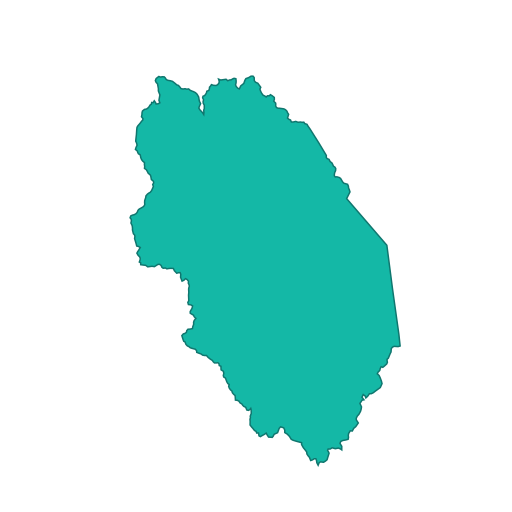 Independência, Ceará, Brazil, rotated 118°
{"feature_id": "56859067B45229739408985", "entity_name": "Independência", "entity_type": "district", "adm_level": 2, "iso_a3": "BRA", "parent_name": "Brazil", "parent_adm1": "Ceará", "projection": "orthographic", "projection_center": [-40.325, -5.496], "detail": "fine", "context": "isolated", "style": "filled", "palette": "teal", "viewbox_px": 512, "rotation_deg": 118, "n_neighbors": 0, "source": "geoboundaries", "source_scale": "gbopen_adm2", "svg_char_len": 6097}
<svg xmlns="http://www.w3.org/2000/svg" viewBox="0 0 512 512"><g transform="rotate(118 256 256)"><path d="M343.9,90.8L341.7,91.3L339.7,92.0L337.3,95.1L335.5,94.8L333.6,94.7L332.3,93.2L331.0,96.1L328.0,96.3L328.4,93.8L329.7,92.4L327.6,91.6L324.4,91.2L323.5,89.6L321.6,88.2L319.5,87.3L313.8,84.5L309.5,84.8L307.6,86.5L305.3,89.1L303.7,91.2L303.1,93.6L301.3,93.7L299.0,93.0L297.0,93.5L295.0,93.5L294.8,91.8L293.0,91.0L289.9,89.9L288.1,90.1L286.9,91.1L285.6,91.8L284.1,91.2L279.1,91.7L277.4,91.7L274.2,93.1L272.4,92.7L270.9,91.6L269.3,88.0L267.8,86.5L258.2,93.0L220.7,120.2L185.1,145.5L162.8,202.9L155.3,203.1L153.6,204.8L152.5,206.2L151.0,207.2L149.7,208.8L150.5,212.7L149.9,214.3L147.8,217.7L147.6,219.3L148.1,221.7L149.0,223.2L148.4,224.5L147.0,225.2L145.3,225.7L143.3,225.8L141.4,226.6L140.5,228.0L140.3,229.8L139.1,231.3L138.2,232.6L137.8,234.9L136.4,236.9L136.6,239.0L135.9,240.3L134.2,241.1L126.8,253.4L118.4,268.1L117.0,270.9L115.8,272.8L116.2,275.1L115.4,276.6L116.4,278.2L116.8,279.6L118.2,281.7L118.5,284.1L120.2,286.0L121.1,287.7L119.7,289.4L119.9,290.9L119.5,292.9L115.6,293.7L114.7,295.4L113.6,296.7L113.0,298.6L113.0,300.4L113.6,302.2L114.5,304.6L115.2,306.0L115.3,307.6L114.4,309.0L113.1,309.6L111.8,310.4L111.0,313.0L109.1,313.3L107.4,314.3L106.9,317.0L106.8,319.0L108.3,319.5L109.2,321.1L110.8,321.7L110.6,323.3L110.7,325.2L109.6,327.5L108.3,329.3L106.8,330.9L104.8,331.0L102.6,335.5L102.8,338.0L102.0,339.8L99.3,341.4L98.6,343.0L99.5,344.8L101.9,346.2L104.1,348.2L105.9,348.3L109.4,347.8L111.7,348.8L113.2,349.4L114.7,349.2L116.3,349.2L116.4,351.0L115.6,353.1L114.5,354.4L112.5,354.9L110.8,355.7L108.9,357.0L109.4,358.8L110.5,359.7L112.2,360.7L112.9,361.9L114.5,363.2L114.0,365.4L117.2,369.8L117.4,372.1L119.0,370.5L120.7,369.9L122.8,370.3L124.2,371.3L125.3,373.8L125.6,375.8L127.2,375.9L128.8,376.3L130.1,375.7L132.0,375.4L133.6,376.8L135.3,376.3L136.9,376.4L138.5,376.7L139.8,377.8L141.4,377.4L142.6,375.7L144.5,375.2L145.8,374.4L147.1,372.5L150.1,370.9L151.9,370.6L153.5,369.5L155.6,368.6L154.5,370.6L153.3,374.1L152.3,375.9L150.2,376.3L147.5,376.4L146.0,378.5L144.5,379.8L142.5,381.3L140.8,384.0L140.2,386.1L140.2,388.2L140.4,389.7L140.6,391.9L140.1,393.9L141.2,395.4L141.6,397.2L142.8,398.8L143.4,400.8L142.3,403.1L141.8,404.7L142.1,406.3L141.6,408.3L141.0,411.7L141.5,414.0L142.3,416.4L142.3,418.1L141.4,419.6L140.9,421.1L141.7,422.9L142.8,424.2L143.1,426.1L146.2,427.5L148.4,427.2L149.6,425.7L150.2,423.8L154.0,420.8L156.1,419.7L157.4,418.2L158.9,416.5L164.1,414.8L165.9,412.8L167.6,413.9L168.7,415.6L167.7,416.7L166.7,418.7L168.9,418.8L169.4,420.2L171.2,419.7L172.4,420.4L174.6,420.5L176.0,420.9L177.7,421.7L178.9,423.3L181.3,424.3L183.0,423.9L184.7,423.1L186.8,422.5L187.7,420.4L189.1,419.8L190.7,420.3L192.9,420.6L194.8,421.0L196.4,421.4L198.2,421.5L200.5,420.6L204.9,418.6L209.2,416.9L211.1,416.1L212.2,414.6L214.0,413.0L216.4,412.9L218.5,412.5L219.0,410.1L220.2,408.9L221.0,407.7L220.9,406.0L222.0,404.9L223.3,403.9L224.6,402.3L225.4,400.6L225.9,398.3L227.8,397.4L229.0,396.4L231.0,395.6L231.3,393.3L232.6,391.3L233.6,389.9L234.0,387.6L234.9,386.4L237.6,384.3L238.2,381.6L239.6,380.6L241.3,380.8L242.9,379.2L247.3,378.9L249.5,379.3L250.6,380.1L252.3,380.9L254.6,381.4L256.2,380.8L259.3,380.3L261.2,379.4L262.7,378.4L264.2,378.3L265.7,378.8L267.2,379.7L268.5,380.6L270.1,381.5L271.6,381.6L273.2,381.4L275.0,381.8L276.8,383.0L277.9,384.3L279.4,385.4L281.4,385.1L282.1,383.5L283.5,382.5L285.6,381.9L287.4,379.5L289.4,378.1L291.0,377.3L293.9,374.7L294.5,373.0L295.6,372.1L297.6,371.4L301.3,367.7L303.2,366.0L302.8,364.3L302.8,362.2L305.9,362.3L307.8,362.5L309.4,362.5L310.7,360.5L311.4,358.3L312.3,357.2L313.9,356.5L316.1,356.2L316.1,354.7L317.8,353.7L317.0,351.5L316.0,349.0L316.4,346.5L313.9,343.0L313.1,340.7L309.4,338.6L308.6,337.1L308.9,335.3L310.1,333.9L310.4,332.2L309.1,330.3L309.2,328.7L308.0,327.2L306.9,325.5L305.8,323.1L307.3,321.2L308.4,317.9L307.2,316.7L306.3,315.2L307.5,313.8L310.1,312.7L312.9,309.5L311.3,308.3L309.1,307.6L309.1,305.9L309.9,303.8L311.8,303.0L312.8,301.6L314.0,300.7L316.0,300.3L317.3,299.7L319.6,298.3L322.2,297.2L327.0,294.4L329.0,294.4L330.6,292.9L329.7,290.5L329.8,288.6L332.2,287.9L334.4,288.0L336.0,288.0L337.4,287.2L337.5,285.4L337.6,283.5L338.7,281.9L339.3,279.8L342.0,280.3L343.8,280.0L345.5,279.0L348.3,278.6L349.9,278.0L351.5,279.9L352.6,281.7L354.4,282.1L356.2,281.6L357.8,282.5L358.9,283.6L361.1,284.1L363.7,281.5L365.2,279.8L365.2,278.3L366.9,276.4L367.6,274.4L367.5,272.7L367.9,271.0L367.6,269.2L366.8,265.8L367.5,264.0L368.9,263.1L368.7,261.3L368.3,258.6L368.6,256.6L368.0,254.7L367.1,253.0L368.0,250.7L368.5,248.0L368.7,245.5L369.5,244.0L369.9,242.5L369.1,240.9L368.1,239.6L368.5,238.1L370.0,237.0L369.8,235.2L371.4,234.3L372.9,233.4L373.1,230.7L374.8,229.3L376.8,228.8L378.0,227.7L378.1,225.7L380.8,222.7L381.9,220.9L382.0,219.4L384.0,218.9L385.3,217.4L386.2,215.6L386.5,213.9L387.8,212.7L388.6,210.8L389.0,209.0L390.3,208.1L392.9,206.5L392.2,204.7L392.2,202.9L393.2,201.1L393.3,199.0L394.0,197.7L394.5,196.2L394.4,194.1L396.3,191.8L395.8,190.1L394.5,189.4L393.0,189.1L394.2,188.0L397.2,186.3L400.1,185.9L401.4,185.0L402.9,184.7L405.0,183.4L408.0,181.9L409.0,179.7L409.7,177.8L410.8,175.4L410.8,173.6L412.0,172.3L411.1,170.7L413.4,168.9L413.4,167.3L412.0,166.5L409.3,164.7L407.6,163.9L408.9,161.9L410.0,159.9L408.5,156.5L406.9,156.2L404.9,156.3L401.9,154.0L397.3,154.6L395.3,154.1L394.7,150.9L396.2,148.9L398.4,147.7L398.6,144.8L399.6,141.7L401.3,138.9L401.3,136.9L400.6,133.2L399.4,128.1L401.1,127.2L403.0,124.3L403.8,122.4L404.4,121.0L405.3,119.2L406.9,118.1L408.0,116.1L408.7,114.3L410.9,111.7L409.6,110.5L407.6,109.3L406.9,108.0L408.0,106.7L410.0,105.2L411.6,102.9L408.8,103.2L407.5,102.4L406.4,99.5L404.5,98.4L402.5,97.6L400.1,98.1L395.8,98.9L394.8,100.2L394.1,101.5L392.6,101.7L391.6,99.9L389.6,98.7L388.9,95.5L386.9,93.1L386.7,90.7L386.9,89.3L383.8,90.9L382.0,93.9L379.9,94.1L378.1,92.7L376.3,90.4L374.6,88.6L372.6,89.2L371.3,90.2L369.3,90.9L366.1,90.7L365.3,88.8L362.3,88.8L359.8,87.8L355.4,87.3L353.6,90.5L352.3,91.3L349.8,91.4L347.4,90.8L343.9,90.8Z" fill="#14b8a6" stroke="#0f766e" stroke-width="1.5"/></g></svg>